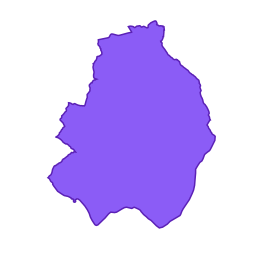 the district of Putna, Suceava, Romania, rotated 353°
{"feature_id": "2599482B68434339585175", "entity_name": "Putna", "entity_type": "district", "adm_level": 2, "iso_a3": "ROU", "parent_name": "Romania", "parent_adm1": "Suceava", "projection": "orthographic", "projection_center": [25.576, 47.849], "detail": "fine", "context": "isolated", "style": "filled", "palette": "violet", "viewbox_px": 256, "rotation_deg": 353, "n_neighbors": 0, "source": "geoboundaries", "source_scale": "gbopen_adm2", "svg_char_len": 5686}
<svg xmlns="http://www.w3.org/2000/svg" viewBox="0 0 256 256"><g transform="rotate(353 128 128)"><path d="M146.9,231.0L150.3,230.6L155.3,228.2L158.3,225.8L168.9,221.2L169.7,220.2L171.4,217.0L173.0,214.8L180.2,206.5L183.8,200.7L185.5,197.6L187.1,193.0L188.4,186.6L189.6,181.0L190.1,177.1L192.8,173.6L195.1,170.9L197.3,169.7L198.7,167.7L200.6,164.0L201.4,163.2L204.1,161.5L206.0,160.5L206.9,159.6L208.5,157.3L212.7,150.9L213.5,146.9L212.8,145.9L211.2,144.6L210.5,143.7L210.5,143.1L210.1,142.3L209.5,141.7L209.5,141.1L209.4,140.4L208.7,139.1L208.2,138.4L208.0,137.8L207.8,136.6L207.7,136.3L206.8,134.7L206.9,134.4L207.5,133.7L208.2,132.7L210.1,130.3L210.3,130.0L210.7,130.0L210.6,129.6L210.4,129.3L210.2,128.4L210.2,127.1L209.9,126.1L209.4,125.3L209.4,124.8L209.6,124.4L210.3,123.5L210.4,123.1L210.2,121.2L209.9,120.4L209.5,119.0L208.8,117.1L208.4,116.0L207.9,115.4L207.7,115.0L207.5,114.4L207.3,114.1L206.6,113.4L206.0,112.5L205.7,110.9L205.6,109.3L205.1,107.3L204.4,105.6L204.4,105.2L204.1,104.2L204.0,102.8L203.9,101.6L204.4,100.9L205.1,99.6L204.8,98.6L204.4,96.4L204.4,96.1L204.6,95.6L205.1,95.1L205.1,94.6L205.0,94.0L204.7,93.3L204.5,92.8L204.2,92.5L204.3,91.9L204.3,91.4L204.1,89.3L203.4,88.5L202.3,87.4L201.6,86.4L201.2,85.6L199.6,84.0L199.2,83.4L198.0,82.7L197.5,82.0L196.1,80.8L195.4,79.8L195.0,78.9L194.6,78.2L193.0,76.8L192.5,76.2L190.5,74.4L189.7,73.3L189.2,72.9L188.7,72.6L188.1,71.9L187.6,71.0L187.5,70.0L187.2,69.3L187.2,68.8L187.2,68.4L185.8,67.0L185.4,66.4L185.0,66.5L184.6,65.9L184.3,65.7L182.7,65.9L181.9,65.6L181.1,64.9L180.4,63.8L179.2,62.9L178.9,62.4L177.9,61.3L177.9,61.1L177.0,60.5L176.6,59.9L176.2,59.1L176.1,58.5L174.8,56.0L174.2,54.7L172.6,52.0L172.1,51.0L171.9,50.4L171.8,49.8L172.2,47.8L171.7,47.2L171.1,46.6L171.0,45.8L171.8,45.7L172.5,44.9L173.1,44.0L173.7,42.8L173.9,41.6L174.4,41.6L174.5,41.0L175.1,38.1L175.3,37.2L175.3,36.5L175.5,35.4L175.7,35.5L175.8,35.1L176.0,35.1L176.0,31.9L175.6,31.9L175.0,31.7L175.1,31.1L172.8,30.5L171.5,30.5L171.1,30.3L170.7,29.9L170.1,29.4L169.4,29.2L169.1,28.9L169.5,28.1L169.5,27.4L169.0,25.8L168.7,25.3L167.9,25.0L166.1,25.4L163.4,26.4L160.8,28.2L160.4,29.0L160.3,30.0L160.1,30.7L159.4,30.9L158.8,30.8L158.2,30.4L156.4,29.2L156.0,29.0L153.8,29.5L153.4,29.3L152.7,28.3L152.0,27.9L151.3,27.9L150.3,28.1L149.5,27.9L148.5,28.3L147.7,28.9L147.1,29.1L146.5,29.0L145.7,28.1L144.5,27.6L143.0,27.2L141.9,27.2L140.7,27.4L143.3,33.1L143.3,33.4L139.6,33.7L138.1,33.9L131.2,34.9L130.2,35.0L129.0,34.8L125.1,33.2L123.9,32.8L123.1,32.7L122.6,32.9L122.2,33.1L121.8,33.5L120.7,35.1L120.3,35.6L119.3,36.0L109.3,36.8L109.2,38.2L109.1,39.3L108.4,40.6L108.5,41.4L108.5,41.9L109.2,42.8L109.9,43.9L110.0,44.4L110.1,45.4L110.6,45.9L110.6,46.5L110.5,47.5L110.9,48.3L111.2,49.8L111.2,50.5L110.9,51.7L110.5,51.9L109.6,52.5L107.9,53.3L107.1,53.2L106.1,53.4L105.9,53.5L105.5,55.1L105.0,56.1L104.5,56.8L104.1,57.2L103.6,57.5L103.1,58.1L102.6,59.1L102.2,59.4L101.2,60.0L101.5,60.7L101.5,61.0L100.7,63.2L100.7,63.6L100.8,65.7L101.1,67.7L101.1,68.5L100.7,70.0L100.3,71.1L100.1,73.1L100.4,74.2L101.2,74.9L102.8,75.7L101.9,75.9L101.6,76.2L100.9,76.1L99.3,76.6L98.3,77.7L97.9,78.7L97.4,78.6L96.5,79.0L95.6,79.9L94.8,80.7L94.8,81.7L94.8,82.4L95.2,83.2L95.2,83.7L95.2,84.0L94.8,85.6L94.8,86.4L94.6,86.7L92.6,88.8L91.6,89.7L91.5,89.9L91.3,92.7L90.4,94.4L89.2,97.2L88.4,99.3L88.0,100.1L87.5,100.7L85.2,100.4L84.9,100.2L84.2,100.1L83.5,100.1L81.5,99.3L81.1,99.2L78.7,97.7L78.3,97.4L77.9,97.3L77.5,97.3L76.3,97.9L74.8,97.0L74.5,96.6L74.1,96.4L73.3,96.0L72.1,95.7L72.1,96.5L71.9,97.1L71.8,98.1L71.7,98.5L70.3,99.9L69.1,100.8L68.8,101.2L68.8,101.6L69.1,102.4L69.0,103.1L68.6,103.9L67.7,104.3L66.0,106.1L64.6,107.3L63.7,107.8L63.6,108.0L63.7,108.4L63.6,109.0L63.2,110.0L62.3,110.4L61.8,110.8L61.6,111.5L61.6,111.8L63.6,114.4L64.2,115.2L64.8,117.1L65.4,118.5L65.2,118.9L63.5,119.8L62.6,121.3L62.1,121.4L61.6,122.0L61.0,123.0L60.1,123.9L59.4,124.4L59.2,124.8L59.1,125.7L56.3,128.1L55.8,127.8L55.4,128.2L55.8,128.5L56.7,128.8L58.0,129.5L58.5,130.1L59.6,130.9L61.1,132.8L61.5,133.5L61.9,134.3L62.7,134.9L63.1,135.4L63.5,135.6L64.2,136.2L64.6,136.1L65.0,136.3L65.2,136.5L65.7,136.5L66.0,136.9L66.3,137.2L66.9,137.6L67.4,138.6L68.6,139.6L69.0,141.1L70.3,142.1L70.7,142.1L71.3,142.6L71.6,142.9L71.8,143.6L72.1,143.9L72.3,144.3L72.4,144.6L72.8,145.0L73.0,145.4L72.1,145.1L71.4,145.1L71.1,145.3L70.8,145.7L70.4,145.8L69.2,145.5L68.9,145.4L68.4,145.9L67.8,146.6L67.3,146.8L66.3,147.1L65.3,147.6L65.1,147.8L64.7,148.6L64.1,148.7L62.9,149.5L62.2,149.8L61.9,150.1L61.4,150.4L61.1,150.6L60.7,150.8L60.1,150.8L59.9,150.9L59.6,151.4L59.0,151.7L58.7,152.1L58.6,152.5L58.4,152.9L57.9,153.4L56.4,154.2L55.5,154.3L55.1,154.5L54.9,154.6L54.5,155.0L53.4,155.3L52.7,156.0L52.1,156.1L51.5,156.6L51.2,156.5L50.6,156.6L50.1,156.9L49.7,157.4L48.1,159.9L47.1,162.9L46.8,163.4L46.0,164.8L45.4,165.3L44.1,166.0L43.5,166.6L43.1,167.2L42.5,167.6L43.6,168.6L44.0,169.2L44.7,171.2L45.2,172.0L46.2,172.9L46.5,173.5L46.6,174.2L46.4,174.7L47.2,176.5L50.5,182.3L55.2,186.3L56.5,187.3L60.2,188.6L62.9,190.4L62.9,190.8L63.1,191.2L63.5,191.6L64.0,191.7L64.4,191.6L64.7,191.7L64.9,192.2L65.1,192.9L65.1,193.5L65.0,194.5L65.2,194.8L66.1,195.2L66.4,195.1L66.8,194.9L67.1,194.5L66.8,192.9L66.9,192.7L67.4,192.7L67.9,192.6L68.3,192.2L68.8,192.1L69.9,192.5L71.4,193.8L75.7,200.2L77.7,204.2L79.1,208.0L79.9,212.1L81.1,215.3L83.3,219.8L84.1,220.5L84.8,220.8L86.3,220.5L92.1,216.1L94.2,214.6L98.2,210.9L100.6,209.4L104.4,210.3L106.5,210.1L112.1,207.6L114.7,206.6L116.8,206.4L122.0,208.3L124.0,207.5L124.8,207.5L128.7,209.9L129.6,210.6L130.4,211.5L130.8,212.6L131.4,213.4L132.9,215.7L134.2,217.1L135.3,218.2L137.2,220.6L139.7,222.6L144.2,228.4L146.9,231.0Z" fill="#8b5cf6" stroke="#5b21b6" stroke-width="1.5"/></g></svg>